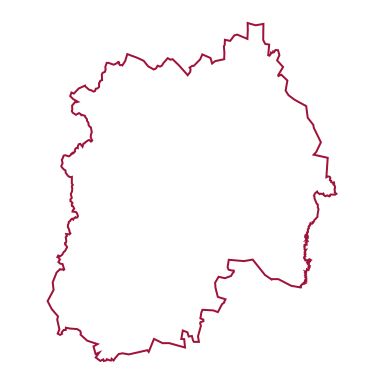 the district of Amajuba, KwaZulu-Natal, South Africa
{"feature_id": "47623444B66034573524186", "entity_name": "Amajuba", "entity_type": "district", "adm_level": 2, "iso_a3": "ZAF", "parent_name": "South Africa", "parent_adm1": "KwaZulu-Natal", "projection": "equal_earth", "projection_center": [30.451, -27.741], "detail": "fine", "context": "isolated", "style": "outline", "palette": "rose", "viewbox_px": 384, "rotation_deg": 0, "n_neighbors": 0, "source": "geoboundaries", "source_scale": "gbopen_adm2", "svg_char_len": 5861}
<svg xmlns="http://www.w3.org/2000/svg" viewBox="0 0 384 384"><path d="M269.2,44.6L265.2,43.9L263.2,40.0L263.4,23.9L255.7,25.3L247.6,23.0L247.8,30.1L247.4,38.9L237.2,34.6L234.3,35.4L230.2,40.9L224.9,39.8L224.7,44.8L223.9,46.3L224.4,52.7L224.2,59.2L215.3,61.1L212.1,63.5L210.5,58.0L202.3,54.4L200.2,59.3L197.0,62.6L193.7,65.9L192.4,65.8L189.6,67.6L190.6,69.3L190.2,71.9L187.7,75.2L179.2,65.6L172.6,59.2L170.5,59.7L167.7,58.2L163.4,63.1L161.8,65.7L160.0,66.6L157.6,65.7L156.0,68.4L153.8,69.5L148.1,66.3L143.7,60.8L137.5,57.9L127.3,54.1L125.2,61.0L122.4,65.3L122.1,65.0L120.1,65.2L119.1,63.9L119.1,62.6L118.7,62.0L117.8,62.2L116.6,63.4L113.7,64.7L108.3,62.8L106.7,62.9L105.3,66.9L105.6,69.3L105.0,71.8L102.6,72.9L101.8,74.5L102.1,80.2L100.8,80.5L99.9,81.3L99.7,82.5L99.0,83.1L99.1,86.9L97.6,88.4L95.8,88.7L95.0,91.0L93.6,91.6L91.3,90.3L88.9,89.6L85.2,86.3L85.0,85.6L78.7,88.5L73.8,93.6L71.5,92.5L70.2,96.1L73.2,99.1L77.9,101.8L76.0,102.3L75.1,102.0L72.1,105.6L72.3,109.7L71.8,111.0L72.7,112.7L75.9,114.8L79.0,113.1L81.0,114.4L81.3,115.2L82.2,115.0L84.9,115.8L85.0,116.6L86.9,119.2L87.0,120.8L88.4,122.7L88.6,125.2L89.7,126.6L90.9,127.4L91.8,132.4L91.0,134.3L90.7,137.3L92.2,140.6L91.0,141.6L89.2,140.0L88.3,140.2L85.2,142.4L84.6,143.2L83.4,143.6L82.5,146.7L80.2,143.8L78.7,144.3L77.8,146.4L77.8,148.1L76.9,147.8L75.5,148.5L74.7,151.0L75.0,151.4L74.3,152.3L73.4,153.2L72.7,152.7L71.4,153.8L71.7,154.1L68.9,156.4L65.3,155.2L63.6,155.7L62.5,158.8L61.8,159.8L62.6,163.2L61.4,165.8L61.5,166.8L63.6,169.3L65.2,170.2L65.6,170.8L65.6,172.6L67.9,175.8L69.4,176.8L70.9,177.2L71.9,176.9L71.8,183.4L72.8,184.9L72.2,185.4L71.8,186.8L72.3,188.2L72.0,191.4L70.8,194.2L71.8,197.9L70.4,199.4L70.5,201.3L71.1,201.4L72.5,203.0L71.7,204.3L72.0,206.0L73.0,206.2L74.2,208.7L72.7,210.5L72.5,211.6L76.0,212.0L77.1,213.5L77.9,216.0L77.4,217.4L75.7,217.7L75.4,217.3L73.9,218.4L73.2,219.6L72.1,218.7L70.6,219.9L70.2,221.0L68.8,221.9L68.6,223.5L68.0,224.6L67.8,227.1L68.8,228.7L69.8,232.5L70.4,233.3L69.4,234.4L66.2,234.0L66.9,236.1L65.7,237.2L66.3,240.9L65.9,242.7L65.1,242.9L65.1,244.5L66.2,245.4L67.1,247.2L64.9,251.2L63.8,251.9L62.1,254.8L60.1,256.3L58.2,255.5L57.4,257.1L58.4,257.5L59.9,259.5L58.4,262.1L60.3,263.7L62.6,264.1L63.7,268.0L64.3,269.2L63.6,270.0L62.7,269.3L60.9,269.6L60.0,269.2L56.6,272.5L52.7,282.4L53.6,289.9L47.6,301.1L51.7,309.0L58.0,316.4L57.2,319.6L59.4,329.3L57.7,333.6L60.1,334.9L62.1,333.8L61.7,332.3L63.7,330.0L65.7,330.0L65.9,327.7L69.7,328.5L77.2,329.1L78.2,329.7L80.2,331.0L80.9,333.0L80.5,334.6L87.2,340.7L97.6,344.1L93.5,346.4L95.6,354.1L99.3,352.5L95.7,357.5L100.3,360.9L103.2,359.4L103.8,361.0L106.5,360.3L106.9,359.2L109.8,360.4L111.2,360.4L111.6,358.8L113.6,360.5L115.0,358.3L118.7,354.0L122.6,353.3L128.9,354.4L147.3,350.2L148.7,351.9L154.0,338.9L162.7,343.2L169.1,343.1L185.0,347.5L184.2,339.1L181.3,339.0L182.8,330.5L187.4,332.3L188.7,336.5L191.9,336.0L192.9,340.1L193.9,341.9L198.9,341.9L198.0,336.3L200.9,325.9L200.1,323.1L200.6,322.2L203.4,321.2L203.3,319.6L200.4,318.4L201.3,312.7L202.4,309.8L213.3,310.4L217.9,312.1L222.0,304.2L224.2,302.6L224.1,302.0L225.5,299.3L217.8,296.9L215.5,287.8L215.1,282.7L218.6,276.8L225.0,278.2L231.1,275.9L232.5,273.4L233.9,271.8L233.7,270.5L231.8,270.5L228.9,269.8L228.4,269.3L227.6,267.0L228.8,259.8L243.9,261.1L252.7,259.6L265.0,275.0L271.6,279.5L271.8,279.1L278.3,279.1L291.2,285.8L301.6,287.6L300.7,286.9L301.0,286.0L300.7,286.0L302.0,284.3L303.8,283.9L303.7,283.1L305.2,283.3L305.8,282.9L304.7,281.5L305.3,279.8L305.7,279.7L306.3,280.3L306.3,278.0L305.4,277.5L306.1,276.3L305.4,276.0L305.5,275.5L305.0,275.1L306.0,274.2L305.8,273.8L305.3,273.8L305.6,273.7L305.3,273.3L305.6,273.1L305.2,272.6L305.7,272.4L305.4,271.9L306.0,272.2L306.3,271.7L306.0,271.1L307.0,270.1L307.0,269.3L308.5,270.0L309.2,267.9L309.6,267.4L309.8,267.7L309.7,266.7L309.4,266.5L309.7,265.9L309.2,265.7L308.6,266.2L308.8,264.5L308.1,264.1L307.9,264.4L308.0,263.9L307.7,263.9L307.4,263.2L307.8,263.4L308.0,262.2L309.1,262.6L309.5,261.1L310.2,261.2L310.3,260.2L310.7,260.0L309.3,259.2L308.7,260.0L307.2,260.3L307.1,260.6L305.7,259.7L305.2,260.1L304.6,259.0L304.6,257.9L304.3,258.3L304.0,257.7L304.4,256.7L305.0,256.4L304.7,256.1L305.4,254.6L304.7,254.3L305.1,253.5L304.7,252.8L305.3,252.5L305.1,251.3L305.4,250.8L305.1,250.7L305.9,249.7L305.0,249.8L304.5,249.1L304.7,246.7L304.4,246.6L304.9,245.8L304.4,245.1L304.8,244.7L306.6,244.8L306.7,243.8L305.9,242.5L307.3,241.6L306.9,241.4L306.9,240.7L307.4,240.6L307.0,240.5L307.3,240.3L307.0,239.9L306.2,240.1L306.5,239.8L306.2,239.3L306.5,238.9L306.0,239.1L305.9,237.5L305.2,237.4L304.8,237.0L305.3,237.2L305.6,236.8L305.2,236.8L305.2,236.1L306.1,236.2L306.3,235.7L306.4,236.4L307.5,237.1L307.4,236.6L307.8,236.2L307.4,235.2L306.1,234.7L307.1,233.8L307.2,233.3L306.9,233.2L307.1,232.3L307.8,232.3L308.0,231.9L307.8,229.6L308.0,229.0L308.8,228.6L308.9,226.9L308.6,226.7L309.5,225.4L310.1,225.4L310.0,224.3L310.5,223.1L311.9,223.8L312.9,223.0L313.2,222.4L312.9,222.0L313.7,221.8L314.4,220.1L317.5,216.8L317.5,215.0L318.5,209.1L317.8,207.5L317.8,204.5L316.7,203.7L314.6,198.6L314.4,196.4L314.0,195.9L314.3,195.7L314.4,194.5L315.2,193.2L317.1,191.6L317.5,192.5L319.7,194.1L320.3,193.7L322.2,194.0L323.3,193.5L323.8,194.4L323.8,195.2L325.5,196.2L327.4,195.4L329.3,196.4L330.1,195.8L330.2,194.9L330.7,194.5L335.0,194.7L336.4,193.8L334.7,192.3L334.9,191.1L334.5,189.3L335.1,187.7L334.6,185.4L333.5,184.6L334.2,183.4L333.9,182.3L332.5,182.8L331.2,182.1L331.2,180.8L329.9,180.2L330.3,177.6L329.7,176.8L328.0,176.4L326.4,177.2L327.7,157.8L313.7,154.7L316.3,151.9L320.9,142.3L313.8,127.8L313.3,124.9L307.7,117.7L306.2,106.1L294.5,99.7L288.5,95.2L285.6,90.6L287.4,80.5L281.3,74.7L278.5,76.0L278.2,75.1L283.1,67.0L277.1,60.4L279.4,55.1L278.0,50.2L275.5,50.0L274.5,51.4L273.3,51.4L273.7,52.3L271.7,53.0L271.0,52.6L270.8,53.9L269.5,55.7L268.2,55.2L269.2,44.6Z" fill="none" stroke="#9f1239" stroke-width="2"/></svg>